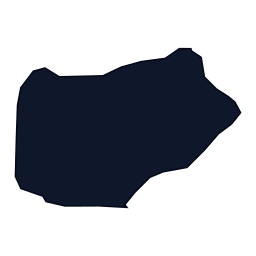 outline of Surahammar, Västmanland, Sweden, rotated 90°
{"feature_id": "70781695B32854023437758", "entity_name": "Surahammar", "entity_type": "district", "adm_level": 2, "iso_a3": "SWE", "parent_name": "Sweden", "parent_adm1": "Västmanland", "projection": "albers", "projection_center": [16.134, 59.804], "detail": "fine", "context": "isolated", "style": "filled", "palette": "ink", "viewbox_px": 256, "rotation_deg": 90, "n_neighbors": 0, "source": "geoboundaries", "source_scale": "gbopen_adm2", "svg_char_len": 594}
<svg xmlns="http://www.w3.org/2000/svg" viewBox="0 0 256 256"><g transform="rotate(90 128 128)"><path d="M48.7,65.1L48.6,76.6L58.4,90.8L61.6,114.8L67.0,134.5L75.8,153.1L76.8,196.8L68.0,211.0L71.1,222.6L87.7,235.2L105.2,238.5L117.5,238.9L138.1,239.6L176.5,240.6L188.5,235.1L193.0,222.3L196.1,213.2L201.6,209.9L205.9,191.3L205.9,177.1L205.8,157.4L207.4,129.0L204.7,131.2L192.6,121.4L177.3,106.1L171.8,93.0L167.4,69.0L150.0,51.6L133.7,37.5L123.9,24.4L112.7,15.4L102.1,21.1L96.6,27.7L89.0,39.6L77.0,51.6L57.4,54.8L50.8,64.6L48.7,65.1Z" fill="#0f172a" stroke="#020617" stroke-width="1.5"/></g></svg>